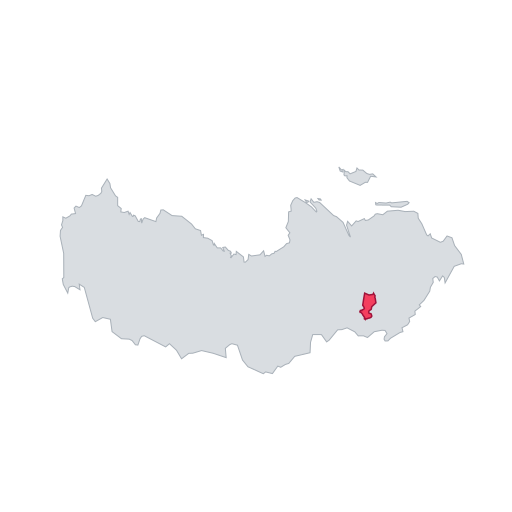 Säffle, Värmland, Sweden (highlighted), rotated 245°
{"feature_id": "70781695B34912889430401", "entity_name": "Säffle", "entity_type": "district", "adm_level": 2, "iso_a3": "SWE", "parent_name": "Sweden", "parent_adm1": "Värmland", "projection": "robinson", "projection_center": [12.854, 59.089], "detail": "fine", "context": "in_parent", "style": "filled", "palette": "rose", "viewbox_px": 512, "rotation_deg": 245, "n_neighbors": 0, "source": "geoboundaries", "source_scale": "gbopen_adm2", "svg_char_len": 4641}
<svg xmlns="http://www.w3.org/2000/svg" viewBox="0 0 512 512"><g transform="rotate(245 256 256)"><path d="M128.5,338.3L130.3,341.9L134.0,341.5L135.5,338.8L137.4,331.2L135.0,322.6L138.3,319.6L140.4,314.9L145.5,313.5L152.4,308.2L153.0,302.7L154.6,298.8L148.8,286.7L148.3,283.7L157.1,282.1L160.8,274.2L154.8,269.0L145.5,264.1L148.7,248.7L144.8,240.3L145.3,236.8L144.7,231.4L147.0,229.2L142.5,221.2L146.9,215.7L146.2,212.9L159.0,201.9L167.4,199.8L183.0,201.5L186.7,197.1L186.8,194.8L185.3,189.2L176.5,186.0L186.0,176.0L193.3,166.7L194.6,157.7L196.2,153.9L194.3,145.1L204.2,144.1L213.1,140.5L211.8,135.7L231.0,121.0L231.5,118.4L230.0,115.9L225.2,111.3L226.5,109.2L231.7,108.0L234.2,106.0L237.9,99.1L248.3,93.6L260.2,97.3L265.0,91.1L264.4,82.6L268.6,81.7L300.1,87.1L305.2,83.9L299.8,82.2L304.9,78.8L306.3,76.7L306.7,74.2L306.4,72.9L301.9,69.7L311.7,69.3L317.2,70.8L317.7,72.7L339.6,82.8L356.7,86.8L361.8,89.6L363.7,92.8L366.4,92.9L369.7,95.9L373.1,97.5L370.6,99.6L371.0,104.3L372.0,106.4L370.7,110.4L376.3,111.4L377.3,113.9L374.6,116.3L375.2,119.0L382.9,127.4L381.2,130.1L381.0,133.5L377.9,136.0L377.6,138.6L378.4,141.9L379.6,143.5L382.8,144.6L388.7,153.6L383.4,154.2L379.3,153.0L369.9,154.1L367.6,155.4L360.1,151.9L356.0,153.9L353.1,152.1L351.1,155.0L350.7,159.0L347.3,158.6L348.6,160.2L344.1,160.7L343.8,161.3L344.8,162.3L343.4,163.5L337.1,163.9L336.3,165.2L338.3,166.8L338.3,167.8L334.1,166.3L337.1,169.2L337.8,171.3L329.5,179.8L332.5,182.1L335.2,187.0L337.9,189.2L337.0,191.5L328.1,197.0L323.4,205.5L312.2,211.1L306.3,212.5L302.5,216.5L297.9,215.3L297.8,217.6L294.9,216.1L292.6,219.7L288.5,222.7L284.0,222.1L283.5,222.7L284.9,223.5L279.7,224.3L278.3,227.4L274.5,228.3L273.8,229.3L277.8,229.5L277.1,232.0L272.7,233.3L271.1,234.9L269.1,234.9L269.5,233.7L266.5,233.7L265.5,232.3L265.0,232.6L267.1,236.8L265.7,238.5L268.5,240.1L260.5,244.2L255.5,242.6L254.9,243.8L256.1,247.3L260.5,250.1L257.9,251.9L255.4,260.1L257.5,265.1L251.8,264.0L252.2,265.9L250.5,268.1L251.3,271.3L250.8,273.4L252.2,275.3L251.5,276.2L252.6,285.1L254.3,288.9L253.8,291.9L256.2,293.6L261.2,293.9L262.7,296.5L269.0,295.0L273.6,299.9L282.2,304.2L281.8,306.9L287.3,308.9L290.6,312.7L292.0,316.0L291.6,317.9L283.4,323.4L277.1,327.0L270.4,329.2L270.8,330.1L274.1,330.4L282.1,327.8L284.5,330.1L280.2,331.1L279.4,334.3L277.6,336.3L259.9,343.4L257.6,345.6L249.7,349.1L235.3,348.9L233.2,349.6L245.7,351.1L248.7,353.7L242.8,355.4L245.5,361.6L244.1,363.1L244.1,370.0L242.0,370.1L241.2,373.0L242.4,379.9L243.5,381.8L243.1,383.8L239.8,388.4L241.1,394.0L237.4,404.1L233.2,410.0L229.9,417.9L226.2,420.7L221.7,419.0L215.1,419.9L203.0,419.6L201.5,420.4L202.5,423.3L198.1,422.8L190.5,428.9L190.3,431.9L193.4,437.6L189.7,441.3L181.5,440.4L170.7,442.7L160.9,440.9L162.2,438.9L162.9,431.3L151.7,416.0L157.0,417.6L159.1,416.7L155.9,411.7L160.3,411.4L161.7,409.6L160.9,406.7L157.2,405.5L154.0,400.9L150.7,398.6L144.8,389.5L142.7,383.3L140.6,383.9L138.9,376.7L135.7,375.6L135.1,368.4L131.7,367.6L129.6,364.3L129.3,358.0L125.3,357.2L125.8,354.2L124.6,343.1L123.3,339.7L124.4,337.1L126.5,336.9L128.5,338.3ZM296.3,372.3L294.5,373.0L293.5,375.0L290.7,376.0L290.4,382.3L293.1,384.7L290.4,385.7L288.7,389.1L283.9,391.3L282.0,393.4L281.1,396.5L276.9,398.2L279.8,393.6L275.6,388.2L276.6,386.3L276.0,380.2L284.5,372.4L288.5,371.5L290.3,372.4L291.0,370.5L292.3,370.0L296.3,372.3ZM241.7,416.0L239.6,417.3L238.8,415.4L238.9,408.1L243.5,399.4L245.6,398.7L251.2,386.9L251.8,386.2L253.9,386.9L252.4,388.0L252.5,390.0L249.0,396.3L248.1,400.4L246.8,401.4L241.7,416.0ZM297.9,369.8L297.6,371.6L295.4,370.2L297.4,368.2L301.7,368.7L297.9,369.8ZM286.1,324.2L283.4,327.0L282.8,325.8L283.3,324.5L286.1,324.2ZM280.5,338.5L279.1,338.7L280.1,336.8L281.9,336.4L280.5,338.5Z" fill="#d9dde1" stroke="#a8b0b8" stroke-width="1"/><path d="M151.8,334.3L152.2,334.9L152.4,335.4L153.1,335.7L154.3,335.8L155.2,335.8L155.5,335.3L156.2,334.4L156.7,334.2L158.0,334.7L158.5,335.3L158.7,336.0L158.8,337.3L159.0,337.8L159.1,338.0L161.2,339.5L162.9,344.9L167.4,346.2L168.5,346.2L169.5,347.1L172.4,346.8L172.5,346.8L172.4,346.7L171.8,345.6L172.9,341.9L176.4,338.8L171.5,335.4L167.6,332.8L166.5,332.0L166.3,331.9L165.7,331.9L165.4,332.2L164.9,332.2L164.4,332.1L164.1,332.2L163.4,332.2L162.8,332.1L162.4,331.6L162.2,330.4L162.3,329.3L161.8,328.9L162.0,328.3L162.4,328.0L162.5,327.6L162.2,327.3L162.0,326.9L161.8,326.7L161.1,326.6L161.1,326.8L160.3,327.3L159.7,327.5L159.1,327.8L158.3,327.9L157.2,327.9L156.3,328.1L155.6,328.2L154.6,328.4L154.0,328.1L153.3,327.7L153.1,327.9L152.3,328.2L152.7,328.6L152.9,328.9L152.6,329.3L152.2,329.7L152.2,331.4L151.8,332.8L151.8,333.7L151.8,334.3Z" fill="#f43f5e" stroke="#9f1239" stroke-width="1.5"/></g></svg>